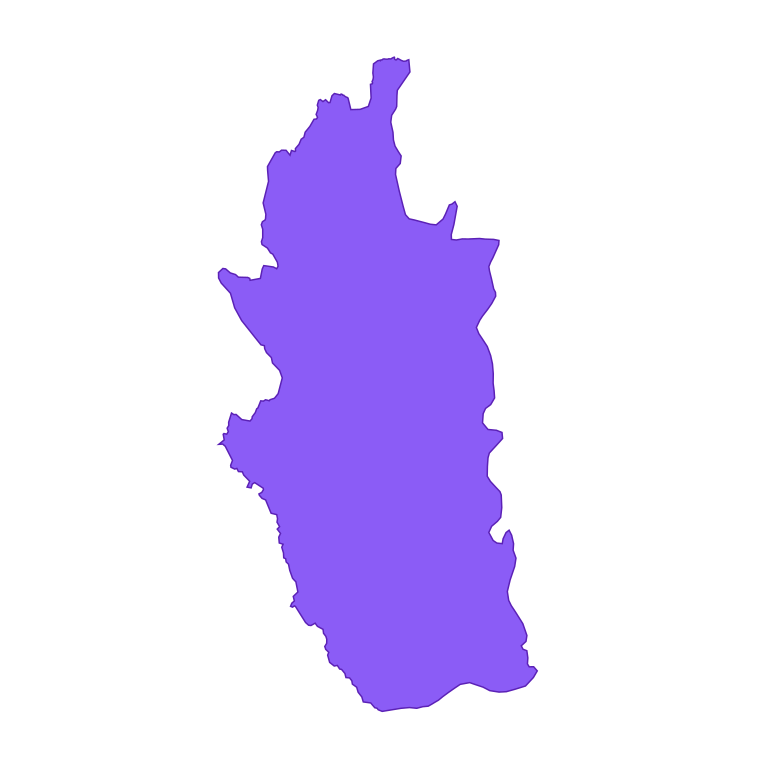 outline of Seke-Banza, Bas-Congo, Democratic Republic of the Congo, rotated 184°
{"feature_id": "63176286B69853523616594", "entity_name": "Seke-Banza", "entity_type": "district", "adm_level": 2, "iso_a3": "COD", "parent_name": "Democratic Republic of the Congo", "parent_adm1": "Bas-Congo", "projection": "robinson", "projection_center": [13.441, -5.391], "detail": "fine", "context": "isolated", "style": "filled", "palette": "violet", "viewbox_px": 768, "rotation_deg": 184, "n_neighbors": 0, "source": "geoboundaries", "source_scale": "gbopen_adm2", "svg_char_len": 4955}
<svg xmlns="http://www.w3.org/2000/svg" viewBox="0 0 768 768"><g transform="rotate(184 384 384)"><path d="M279.3,535.2L284.7,535.9L293.0,535.6L298.9,535.8L310.2,534.5L316.0,534.2L321.9,532.7L326.8,532.9L327.3,537.8L325.4,548.0L323.4,566.4L325.9,570.8L328.8,568.2L331.3,567.2L334.5,557.8L336.6,552.7L343.0,546.4L348.9,546.6L354.8,547.8L365.5,549.8L370.4,550.5L374.4,554.4L377.3,562.6L382.2,577.4L387.1,593.8L387.2,599.8L383.2,605.1L382.8,612.7L385.7,616.5L389.6,622.1L391.6,628.1L392.6,635.7L395.5,645.6L395.1,652.6L391.6,659.0L390.7,661.7L391.2,672.5L391.2,677.9L379.9,697.1L381.9,709.2L382.7,708.8L383.3,708.7L384.6,707.7L387.0,707.3L389.3,708.0L391.4,709.0L392.6,709.5L393.0,709.7L393.5,709.3L393.8,708.6L394.6,708.1L395.4,708.3L395.9,708.7L396.2,709.1L396.2,709.8L396.3,710.4L396.4,710.7L397.2,710.5L397.9,710.1L398.6,709.7L399.6,708.9L400.6,708.7L401.8,708.8L402.7,708.4L403.7,708.2L405.3,708.2L406.6,708.3L407.5,708.1L408.0,707.8L408.2,707.4L409.6,707.0L410.0,706.9L410.0,706.4L410.2,706.2L410.9,706.6L412.8,706.0L416.8,702.6L416.8,699.4L416.8,693.4L416.0,689.6L416.1,687.8L416.4,686.3L417.0,684.9L416.4,683.6L416.6,682.7L418.4,682.0L416.8,668.3L419.0,659.8L427.0,656.3L436.2,655.4L439.8,666.7L440.6,667.3L442.3,667.8L443.2,668.4L443.9,668.8L444.3,669.3L445.1,669.2L446.2,670.1L447.1,670.2L447.7,669.3L453.8,670.3L456.0,667.9L457.5,661.0L459.0,660.8L462.1,663.5L464.6,661.5L467.4,663.3L468.9,662.4L470.0,657.5L469.0,655.3L469.3,652.3L470.5,648.2L468.9,645.4L469.8,643.7L472.3,643.2L475.9,635.8L480.2,629.7L481.1,624.6L483.2,622.8L483.7,622.4L485.5,617.1L488.8,612.7L488.5,610.3L488.9,609.9L489.1,609.7L492.6,610.5L493.7,605.7L498.0,610.3L502.5,610.1L504.6,608.2L507.2,608.2L508.6,607.1L515.4,592.8L515.0,589.0L513.3,577.9L513.5,577.1L517.2,556.2L513.7,545.1L513.7,540.7L514.1,539.3L516.6,537.4L517.5,534.3L515.8,530.0L515.2,521.5L516.2,517.4L515.4,514.6L509.8,511.5L506.4,506.9L504.0,505.8L498.9,498.1L498.5,496.6L497.9,494.0L499.1,491.5L502.5,493.0L508.9,493.5L512.2,493.7L513.5,490.2L514.7,480.7L524.8,478.1L525.3,480.0L526.4,480.4L527.4,480.8L536.7,480.4L539.7,482.8L545.1,484.1L550.0,487.8L552.8,488.0L556.9,483.6L556.8,482.9L556.4,478.2L553.4,473.3L546.7,466.9L543.5,463.8L539.2,452.1L538.3,449.6L530.4,437.3L516.3,421.9L509.5,414.5L506.0,413.9L505.5,410.9L503.4,407.1L498.2,402.5L496.7,397.2L489.1,390.3L485.9,383.0L488.9,367.0L490.8,364.2L492.3,362.1L496.6,360.4L497.3,359.3L499.8,359.8L501.1,360.0L503.1,358.5L505.8,358.6L508.1,351.4L509.3,350.3L510.4,346.5L513.2,342.1L513.2,340.2L515.1,337.7L523.4,338.6L529.4,343.3L531.7,343.0L533.7,344.2L534.1,344.4L536.3,335.0L536.0,331.7L537.4,329.0L536.0,325.6L537.4,323.0L540.2,323.4L540.9,322.6L539.5,317.1L544.6,312.3L540.7,312.8L538.0,310.8L529.8,297.2L531.3,292.2L531.0,291.0L530.9,290.3L527.0,288.7L524.9,289.5L523.1,286.5L519.2,286.5L517.6,283.4L511.2,277.6L513.4,271.6L511.2,271.3L509.3,271.1L508.4,275.0L506.1,276.6L497.2,271.6L496.9,270.2L498.4,267.3L501.1,265.6L500.5,264.2L497.7,261.4L494.0,260.1L487.6,247.2L481.9,246.2L480.8,242.2L481.1,238.7L478.2,234.4L480.4,231.8L476.8,227.7L477.7,225.5L478.3,223.9L477.4,218.1L473.5,217.1L474.6,214.0L472.5,208.5L471.9,203.6L469.9,202.8L469.2,199.7L466.7,197.6L465.0,191.5L461.7,183.9L460.3,182.5L458.1,180.5L455.4,170.5L459.7,165.8L458.3,161.3L460.7,158.9L461.1,157.6L461.7,155.7L459.7,155.0L457.9,156.4L456.8,155.9L445.6,140.6L442.4,138.1L440.7,138.0L440.0,138.0L436.0,140.6L433.5,137.6L427.7,135.0L426.9,131.0L426.5,130.6L424.4,128.2L423.3,125.4L423.1,121.3L424.8,118.0L424.0,116.2L423.7,115.3L420.4,112.5L421.3,109.6L418.8,102.5L414.0,99.2L410.9,100.0L408.4,96.6L406.4,96.3L402.8,92.5L401.5,88.5L397.8,88.4L397.4,87.9L395.4,85.7L394.6,82.4L390.1,79.6L388.3,74.7L385.3,71.4L384.3,70.3L382.5,65.4L375.0,64.9L370.6,60.4L368.4,60.1L367.0,58.6L363.0,57.3L356.6,58.8L344.3,61.7L336.0,63.0L328.7,62.8L322.8,64.8L317.4,65.7L313.5,68.3L311.7,69.6L307.6,72.4L303.7,76.1L298.8,80.3L292.4,85.5L287.0,89.7L277.7,92.1L273.3,90.9L264.0,88.5L257.1,85.5L247.8,84.7L240.5,85.6L232.1,88.6L221.8,92.6L214.5,101.6L211.1,108.5L215.0,112.4L219.4,112.0L221.4,114.8L221.4,120.8L222.9,127.9L226.8,129.1L228.8,132.4L224.4,137.1L223.9,143.1L228.8,154.6L236.7,165.4L241.6,171.8L244.5,176.8L246.5,185.6L244.5,197.4L240.9,211.1L240.2,219.5L243.6,227.2L243.6,233.7L246.1,242.0L249.0,246.9L251.9,244.3L254.4,237.9L254.9,233.0L260.3,233.2L264.2,235.5L269.1,243.2L266.7,249.6L261.3,254.9L258.3,259.1L257.9,268.9L259.3,281.4L260.8,284.7L265.7,289.2L271.1,294.3L274.6,299.2L275.1,309.0L275.1,317.7L274.1,322.5L267.7,330.5L261.9,337.9L262.9,343.9L268.7,345.7L269.8,345.7L277.1,345.9L283.0,352.1L283.0,361.3L281.0,366.7L276.1,370.9L272.7,377.8L273.7,384.9L275.2,392.5L275.7,401.7L277.2,411.6L279.6,419.8L283.6,428.6L289.4,436.3L292.9,440.8L295.8,446.8L292.9,454.3L290.5,458.6L285.6,466.0L282.1,471.9L278.7,479.4L279.2,483.2L281.2,486.5L284.1,496.3L286.6,504.0L287.6,508.4L286.1,513.2L284.2,517.5L279.3,530.9L279.3,535.2Z" fill="#8b5cf6" stroke="#5b21b6" stroke-width="1.5"/></g></svg>